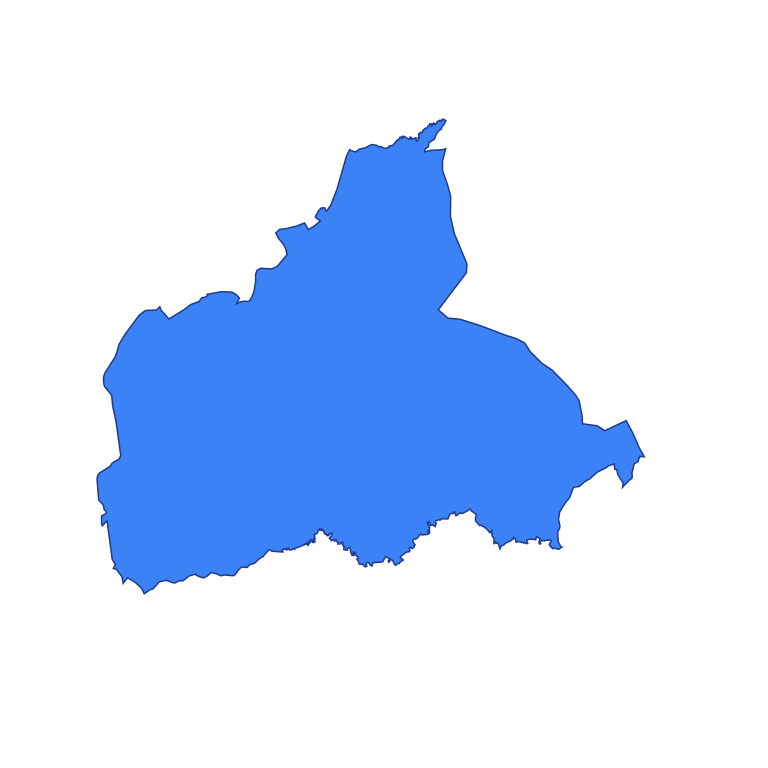 outline of Abuakwa South, Eastern, Ghana, rotated 17°
{"feature_id": "2480657B6434141016984", "entity_name": "Abuakwa South", "entity_type": "district", "adm_level": 2, "iso_a3": "GHA", "parent_name": "Ghana", "parent_adm1": "Eastern", "projection": "natural_earth1", "projection_center": [-0.472, 6.173], "detail": "fine", "context": "isolated", "style": "filled", "palette": "blue", "viewbox_px": 768, "rotation_deg": 17, "n_neighbors": 0, "source": "geoboundaries", "source_scale": "gbopen_adm2", "svg_char_len": 6170}
<svg xmlns="http://www.w3.org/2000/svg" viewBox="0 0 768 768"><g transform="rotate(17 384 384)"><path d="M192.9,650.9L195.4,644.2L204.5,646.6L212.0,650.3L216.1,654.7L220.2,649.4L222.9,647.6L226.9,638.9L233.2,635.4L239.9,635.8L242.6,635.2L245.3,632.3L249.4,630.9L253.6,624.7L259.3,620.9L260.3,621.7L264.3,622.3L268.0,622.2L270.7,619.8L273.9,614.9L279.1,614.5L284.1,615.1L287.5,613.2L295.6,611.5L296.9,610.6L298.6,606.8L298.6,605.4L301.3,600.7L306.9,599.4L308.3,596.0L312.5,593.4L316.0,587.3L318.8,584.3L322.3,576.3L323.6,576.0L325.7,576.7L335.6,574.4L334.9,574.1L336.1,573.4L335.4,572.4L336.8,570.5L338.2,571.1L338.5,570.1L339.7,571.0L340.4,570.4L340.2,569.3L341.0,569.0L342.0,570.3L344.0,569.8L345.0,568.0L346.9,568.4L347.0,567.2L353.5,562.2L353.7,561.3L355.1,561.0L355.0,560.1L356.0,560.0L356.4,559.2L358.6,560.5L358.8,559.2L357.8,558.4L359.2,558.3L359.8,557.0L358.1,556.8L359.2,555.3L359.2,554.4L360.1,554.4L360.7,555.3L361.4,554.3L362.0,556.2L363.0,556.3L362.9,555.0L364.2,555.1L364.1,554.6L362.5,554.3L363.2,553.4L362.9,552.5L363.3,551.8L362.1,551.4L362.5,549.9L361.3,548.5L363.9,546.2L363.9,542.5L365.0,542.5L364.9,541.4L366.9,541.1L366.3,541.9L366.6,542.4L369.1,541.8L369.7,543.1L370.6,543.4L370.7,544.6L372.8,544.7L373.7,545.6L374.3,545.6L374.7,544.1L375.2,544.9L376.8,542.2L378.2,542.2L378.2,543.9L376.8,547.6L378.9,548.3L379.5,549.3L382.1,547.3L382.7,548.6L384.0,547.3L385.4,548.8L386.6,548.9L386.7,550.5L389.5,549.4L389.6,548.2L390.4,547.5L391.4,548.0L391.5,549.8L392.8,550.5L392.9,551.6L393.8,551.6L393.9,554.2L397.6,553.7L397.0,551.9L399.1,550.2L401.5,554.9L403.8,557.4L405.5,556.5L404.1,555.4L403.7,553.7L404.2,553.3L405.5,553.8L405.2,554.7L407.5,555.4L408.0,556.7L409.6,556.8L410.5,558.5L409.2,559.4L411.4,561.1L413.1,563.6L415.9,562.6L419.5,564.4L420.9,563.1L419.5,562.2L420.0,559.6L422.2,559.5L423.1,560.9L425.6,561.7L425.8,558.1L434.0,554.9L434.9,553.9L435.9,548.6L440.7,549.5L439.7,551.8L440.7,553.1L441.4,551.9L441.3,550.0L441.8,549.8L443.9,550.3L447.2,553.8L448.6,553.8L449.4,551.8L451.2,551.1L451.5,549.4L453.9,546.7L451.7,545.6L451.2,546.0L450.0,544.4L454.6,538.3L457.4,536.8L457.4,535.8L456.3,534.1L456.9,532.3L458.9,533.1L460.2,532.0L460.6,528.4L458.1,527.0L457.4,525.3L457.9,523.9L460.8,522.0L462.8,516.8L464.8,517.3L466.5,516.0L467.5,516.2L470.1,514.7L471.2,513.3L470.6,511.4L470.1,511.3L469.6,512.8L468.7,511.3L470.0,509.8L469.3,507.6L465.7,503.7L466.5,502.8L467.4,503.7L468.5,503.6L469.7,505.8L471.7,504.5L474.6,505.4L474.7,502.2L473.4,501.0L473.6,499.6L475.9,497.9L477.6,497.7L478.4,496.1L484.5,494.4L485.1,489.1L487.0,487.4L487.9,487.8L488.3,485.8L489.1,485.6L490.8,488.6L491.5,488.9L494.3,485.3L497.2,484.6L500.1,481.8L502.9,478.2L504.6,479.9L509.7,481.4L510.8,482.8L510.6,485.4L511.7,488.3L516.9,491.4L518.8,490.5L519.8,491.3L521.3,491.2L522.4,492.1L523.7,492.0L528.7,495.2L530.0,492.7L530.4,495.0L532.4,498.3L534.5,499.6L535.6,504.2L536.0,504.5L537.1,502.4L537.7,503.4L539.7,502.9L543.1,507.7L543.6,504.3L545.8,502.8L546.4,501.0L551.4,496.6L551.7,495.1L552.7,495.1L553.0,492.8L554.3,493.8L555.2,493.7L556.5,496.6L560.4,494.9L561.8,495.5L563.0,494.5L564.2,495.3L565.4,494.5L567.0,495.1L568.0,494.1L566.9,493.5L566.4,491.2L569.7,489.4L574.6,488.6L574.7,487.2L574.2,486.2L574.7,485.5L578.3,486.0L578.5,490.4L579.4,491.5L580.6,490.9L579.1,489.6L580.7,487.5L583.7,487.0L585.2,485.7L589.1,484.6L589.9,485.2L588.9,489.0L590.3,490.5L593.7,492.1L594.6,491.3L599.5,490.9L601.7,488.0L600.9,488.1L596.7,483.9L593.3,474.4L594.1,471.4L593.8,468.3L590.4,462.3L589.4,454.9L592.2,444.4L594.7,438.6L595.3,428.2L597.0,426.4L600.5,425.1L604.8,418.3L608.5,414.5L614.0,405.6L620.2,399.8L623.0,396.3L627.6,393.1L629.4,397.9L630.5,398.2L631.6,397.6L633.9,402.0L641.8,409.1L642.3,413.0L646.7,404.2L648.6,401.9L648.4,399.4L647.2,397.0L646.5,387.5L649.8,383.5L649.4,381.4L650.1,379.0L649.7,378.5L654.2,377.5L646.6,370.3L636.5,358.4L626.3,348.2L608.8,364.1L600.1,361.6L585.5,364.0L582.7,356.4L575.4,342.8L570.4,338.6L559.5,331.8L540.6,321.5L529.0,318.1L514.5,310.4L506.5,303.6L497.1,301.9L486.1,301.8L458.5,300.0L437.4,299.9L425.8,302.3L414.2,297.2L430.3,253.4L428.2,244.9L407.2,219.5L398.5,204.3L392.8,184.8L386.3,174.6L377.6,162.8L374.7,153.5L374.2,141.0L371.5,142.9L360.5,146.8L354.7,150.2L354.6,147.4L357.0,144.2L356.5,140.0L360.5,135.3L361.2,129.1L362.7,125.2L364.3,123.5L364.3,120.7L365.5,118.6L366.1,114.1L362.9,113.3L361.7,116.0L360.4,115.3L359.5,116.7L358.8,116.7L357.6,119.9L356.8,120.0L357.0,120.8L355.7,121.2L355.2,120.3L354.8,121.6L353.9,121.2L354.1,123.2L352.7,122.0L351.5,121.8L351.6,123.8L350.7,124.6L350.1,126.7L349.0,127.1L347.1,130.1L347.2,132.1L345.7,132.5L345.1,133.0L345.2,134.1L343.9,134.5L345.5,138.1L344.5,138.6L345.3,139.6L344.4,142.1L343.7,142.1L342.5,139.3L339.1,141.7L338.4,141.2L338.3,140.2L336.8,140.3L337.3,141.6L336.7,141.5L335.9,142.6L330.7,141.3L330.5,142.5L329.5,141.9L329.1,143.9L328.0,142.8L327.0,143.5L326.8,146.1L325.5,146.5L322.6,153.3L319.2,154.9L319.6,156.4L318.6,156.7L318.2,157.7L313.9,158.5L311.8,157.7L309.9,158.7L306.9,157.9L302.2,158.6L296.6,164.0L292.4,166.0L288.9,170.4L284.2,170.5L282.6,169.9L281.5,177.4L282.1,211.5L280.8,228.4L278.6,235.4L278.1,235.6L275.7,232.8L272.4,234.1L270.7,237.7L269.4,244.0L270.0,244.9L275.3,246.6L275.0,247.4L271.2,253.3L266.4,258.5L261.0,253.2L254.4,258.4L244.5,264.3L239.1,266.6L236.3,271.2L240.7,275.6L247.4,280.2L250.7,283.8L253.5,288.5L247.9,301.8L246.6,303.7L242.8,306.8L232.2,309.4L229.3,312.5L229.2,316.7L231.2,323.3L232.6,333.1L232.2,339.5L230.8,344.4L225.1,346.1L222.1,347.9L219.7,350.4L220.6,344.1L216.4,341.7L211.6,340.6L201.6,343.2L188.6,350.0L189.0,351.7L187.8,353.1L184.5,354.8L183.0,359.2L176.1,364.4L170.7,371.8L159.3,384.7L149.0,378.4L147.0,375.7L145.0,379.7L135.5,383.0L133.7,384.2L129.8,389.8L122.0,411.6L119.0,423.5L119.3,432.7L118.7,437.6L113.9,455.0L113.8,459.9L116.2,466.1L117.6,468.2L125.2,473.2L127.2,475.2L130.9,484.2L138.9,498.6L153.2,529.4L152.6,533.4L147.3,538.9L146.0,542.9L138.2,552.0L137.0,554.8L137.2,558.4L145.0,578.3L150.9,581.8L153.1,585.9L156.0,587.6L156.0,589.2L152.5,592.7L154.8,600.3L156.0,602.0L159.2,595.9L175.3,631.0L179.8,635.2L179.1,639.6L182.4,639.5L189.6,644.8L192.9,650.9Z" fill="#3b82f6" stroke="#1e3a8a" stroke-width="1.5"/></g></svg>